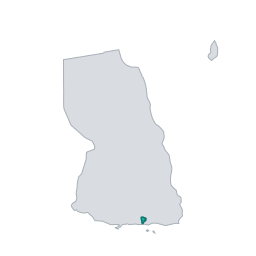 Zabid, Al Hudaydah, Yemen shown in context, rotated 280°
{"feature_id": "15242507B385493666548", "entity_name": "Zabid", "entity_type": "district", "adm_level": 2, "iso_a3": "YEM", "parent_name": "Yemen", "parent_adm1": "Al Hudaydah", "projection": "equal_earth", "projection_center": [43.361, 14.273], "detail": "fine", "context": "in_parent", "style": "filled", "palette": "teal", "viewbox_px": 256, "rotation_deg": 280, "n_neighbors": 0, "source": "geoboundaries", "source_scale": "gbopen_adm2", "svg_char_len": 3633}
<svg xmlns="http://www.w3.org/2000/svg" viewBox="0 0 256 256"><g transform="rotate(280 128 128)"><path d="M203.5,105.3L195.2,109.3L193.0,111.1L191.0,113.3L189.5,116.1L188.5,120.9L189.4,125.3L189.3,127.7L187.2,129.3L185.2,130.4L182.9,132.2L181.5,132.6L180.4,134.0L179.1,134.9L174.4,137.4L169.3,139.4L161.1,141.7L158.0,144.2L155.1,145.9L150.7,146.4L144.7,148.8L141.4,150.7L137.3,153.9L136.4,154.8L135.6,157.1L134.4,159.1L131.9,162.4L130.0,164.1L128.8,164.1L126.3,165.1L123.5,165.2L118.6,164.1L117.4,164.9L116.3,166.2L112.6,168.4L108.8,172.9L106.1,174.1L101.6,175.5L98.4,177.3L96.3,178.1L93.6,178.5L88.5,178.3L83.8,178.9L79.3,180.2L77.3,182.6L74.9,186.4L71.0,187.9L70.1,189.3L68.9,192.1L66.4,192.8L64.1,193.3L61.8,192.1L57.4,195.4L55.8,196.0L53.3,196.1L51.5,196.8L50.2,196.6L48.6,195.3L45.2,193.7L42.7,194.7L42.5,191.6L38.4,181.8L39.2,173.4L39.2,172.2L38.4,168.4L36.0,164.9L36.1,160.6L35.2,157.4L34.6,154.2L34.8,153.4L34.8,152.6L33.6,147.7L33.2,146.7L33.0,145.6L33.4,144.8L33.4,143.9L32.8,142.4L32.1,139.5L28.7,137.3L29.4,135.2L30.1,135.9L30.9,136.5L31.1,135.2L31.1,134.1L29.8,127.7L31.8,119.2L31.1,111.6L34.3,108.5L35.1,107.5L35.5,106.7L36.3,105.0L37.3,104.4L37.6,102.6L37.6,101.6L37.0,100.9L36.5,98.7L36.6,96.0L36.8,94.9L37.1,92.8L38.2,92.0L38.5,91.4L37.6,90.1L37.7,89.3L39.6,87.1L40.3,86.5L41.5,85.8L42.5,85.8L43.5,86.2L44.5,86.8L45.5,87.9L46.5,89.2L48.0,89.7L49.0,89.5L49.9,90.1L50.6,89.8L51.4,89.1L52.7,89.2L53.9,88.4L57.2,88.1L60.4,88.3L63.7,87.7L67.1,87.7L70.5,87.8L71.2,87.9L71.9,88.3L74.8,90.2L76.9,90.6L81.3,91.1L85.9,91.7L89.9,92.2L93.3,91.7L96.1,91.4L96.9,91.4L97.8,92.6L99.5,95.6L101.1,98.5L103.9,98.6L105.7,97.5L107.7,96.0L108.9,94.9L110.2,90.3L111.1,87.3L113.2,84.0L114.9,81.2L117.2,77.5L118.4,75.4L120.9,71.4L123.3,69.8L127.9,66.8L132.4,63.8L135.3,61.9L137.8,61.0L142.0,60.2L146.9,59.3L151.9,58.5L157.1,57.5L163.0,56.4L167.0,55.7L172.1,54.8L176.4,54.0L180.2,53.3L184.1,52.6L184.9,54.8L185.6,57.1L186.4,59.3L187.2,61.6L188.0,63.8L188.8,66.0L189.5,68.3L190.3,70.5L191.1,72.8L191.9,75.0L192.7,77.2L193.4,79.5L194.2,81.7L195.0,84.0L195.8,86.2L196.6,88.5L197.3,90.6L198.5,91.4L199.3,93.5L200.3,96.4L201.4,99.4L202.5,102.4L203.5,105.3ZM216.4,196.2L217.5,196.4L219.0,195.6L223.6,195.5L229.1,198.1L228.1,198.7L227.5,199.6L225.1,200.5L222.7,202.4L215.8,203.4L213.7,202.9L212.0,201.0L208.9,198.5L210.1,197.0L210.3,196.2L210.8,195.5L212.5,194.4L214.3,194.6L216.4,196.2ZM30.9,165.8L30.7,166.3L30.4,166.2L29.3,165.0L30.5,163.7L31.1,164.9L30.9,165.8ZM27.6,135.7L27.1,136.2L26.9,135.3L27.3,133.3L27.8,132.8L28.2,134.2L27.9,135.0L27.6,135.7ZM30.4,171.9L29.2,172.6L30.0,170.8L30.8,170.4L31.0,170.5L30.4,171.9Z" fill="#d9dde1" stroke="#a8b0b8" stroke-width="1"/><path d="M36.4,158.9L36.5,159.2L36.5,159.3L37.1,159.5L37.4,159.6L37.8,159.8L38.1,159.9L38.3,160.0L38.7,160.1L38.9,160.2L39.2,160.3L39.3,160.3L39.5,160.3L39.5,160.6L39.6,160.9L39.5,161.2L39.6,161.3L39.8,161.4L40.0,161.5L40.3,161.5L40.3,161.3L40.6,161.3L40.7,161.2L40.8,161.2L40.8,161.3L41.0,161.4L41.3,161.4L41.3,161.5L41.5,161.5L41.9,161.5L42.0,161.5L42.1,161.2L42.0,160.9L41.9,160.8L42.0,160.8L42.1,160.7L42.3,160.5L42.5,160.3L42.5,160.2L42.5,159.9L42.4,159.6L42.5,159.5L42.5,159.3L42.5,159.2L42.9,158.3L42.9,158.2L42.7,157.9L42.7,157.7L42.5,157.3L42.5,157.1L42.5,156.9L42.5,156.7L42.3,156.5L42.2,156.5L41.9,156.6L41.7,156.6L41.4,156.7L41.2,156.8L40.9,156.9L40.7,156.9L40.4,157.0L40.2,157.2L40.1,157.4L40.0,157.5L39.9,157.5L39.7,157.6L39.4,157.5L39.2,157.6L39.1,157.8L38.9,157.9L38.7,157.9L38.6,158.0L38.4,158.0L38.2,158.0L37.9,158.0L37.7,158.0L37.3,158.1L37.1,158.1L36.9,158.3L36.7,158.6L36.6,158.8L36.4,158.9Z" fill="#14b8a6" stroke="#0f766e" stroke-width="1.5"/></g></svg>